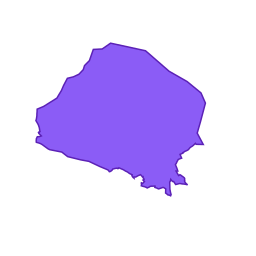 Ilorin West, Kwara, Nigeria, rotated 138°
{"feature_id": "59680162B83241100924072", "entity_name": "Ilorin West", "entity_type": "district", "adm_level": 2, "iso_a3": "NGA", "parent_name": "Nigeria", "parent_adm1": "Kwara", "projection": "equal_earth", "projection_center": [4.537, 8.465], "detail": "fine", "context": "isolated", "style": "filled", "palette": "violet", "viewbox_px": 256, "rotation_deg": 138, "n_neighbors": 0, "source": "geoboundaries", "source_scale": "gbopen_adm2", "svg_char_len": 2771}
<svg xmlns="http://www.w3.org/2000/svg" viewBox="0 0 256 256"><g transform="rotate(138 128 128)"><path d="M141.7,49.1L140.5,49.7L139.5,51.7L137.8,54.5L133.2,59.9L132.1,60.2L130.6,61.2L130.8,59.8L130.5,58.1L129.9,57.7L130.4,54.1L127.0,52.3L126.6,52.1L125.5,50.6L124.9,49.9L124.4,49.4L123.5,48.4L122.6,47.2L122.1,46.4L121.8,46.5L122.0,48.0L121.9,49.1L121.8,50.1L121.4,50.8L121.1,50.8L120.8,51.5L120.3,51.9L119.9,52.2L119.7,52.6L119.5,53.2L119.8,55.3L120.2,56.7L120.3,57.6L120.7,58.6L121.5,58.6L122.2,58.8L121.1,63.8L119.8,62.7L119.1,64.2L118.4,65.9L117.7,67.9L117.3,69.0L116.8,69.2L116.1,69.3L114.9,69.8L113.9,70.3L113.0,70.5L111.8,71.0L110.2,70.5L108.3,69.7L107.0,73.6L105.4,73.0L103.8,72.6L103.7,73.0L102.6,72.7L101.7,72.6L101.3,72.6L100.4,72.2L99.1,71.8L98.2,71.6L97.6,71.5L95.0,71.9L93.5,71.7L92.6,71.5L91.0,71.4L88.2,71.5L88.3,70.3L83.1,65.4L80.0,77.9L70.2,84.0L53.8,94.7L50.3,105.2L53.0,123.0L59.5,142.7L63.3,173.7L84.2,202.7L94.3,204.0L101.2,209.6L111.6,203.9L118.5,203.5L122.2,201.3L128.5,200.8L134.4,202.6L139.8,205.5L147.4,202.7L152.4,200.4L156.7,199.1L160.8,197.8L176.3,200.5L182.9,202.8L184.8,200.8L186.0,199.7L187.4,198.2L188.8,197.0L189.7,196.3L189.9,196.1L190.2,195.9L191.5,195.1L191.9,193.0L192.5,190.4L193.7,187.6L195.4,185.0L195.8,184.2L196.4,184.4L197.2,184.7L197.5,184.6L197.4,183.8L197.9,183.6L197.7,180.1L198.4,180.3L199.4,180.8L200.0,181.2L200.9,181.9L201.2,182.2L203.2,181.4L204.6,180.1L205.3,179.3L205.7,178.7L204.4,176.7L203.5,175.0L202.9,173.3L201.4,166.1L200.7,164.3L193.3,154.4L192.0,147.1L184.4,135.9L179.4,129.4L174.7,118.2L173.7,116.1L171.2,110.8L170.9,109.7L171.1,108.0L170.2,107.5L168.9,107.3L168.1,107.3L166.9,107.7L164.7,106.6L162.9,105.4L162.7,104.5L162.2,104.4L161.6,104.4L161.4,104.5L161.3,104.3L161.0,103.7L160.7,103.0L160.3,102.0L160.0,101.5L159.9,101.3L159.4,100.2L159.0,98.8L158.6,97.5L157.8,95.6L157.4,93.4L157.2,92.8L156.2,90.5L156.9,90.1L157.0,89.7L157.2,89.1L157.3,87.8L157.1,86.8L156.6,87.7L155.7,87.1L155.1,86.4L154.2,86.2L152.3,85.8L150.5,85.1L150.0,85.0L149.9,84.3L149.9,83.6L149.9,83.0L149.9,82.3L150.0,82.1L150.0,81.8L149.9,81.8L149.6,81.7L150.0,81.4L150.0,81.1L150.0,80.9L150.1,80.7L150.2,79.6L150.5,79.0L151.7,79.3L151.7,78.9L151.7,78.3L151.6,77.7L151.6,77.2L152.1,77.2L152.8,77.1L153.6,77.1L154.3,77.0L154.6,78.1L154.7,78.3L155.0,78.1L155.5,77.3L156.3,76.5L156.8,76.2L156.7,76.0L156.4,75.5L156.1,74.9L155.4,73.9L155.0,73.4L154.6,72.5L154.1,71.6L153.9,70.6L153.3,70.5L152.7,70.2L151.3,69.8L150.8,69.9L150.6,69.8L149.4,69.0L148.4,68.1L147.1,67.1L146.8,66.6L147.7,66.1L147.8,65.9L146.7,63.9L146.2,62.5L145.8,62.1L145.2,61.9L144.0,61.4L142.9,60.9L142.0,60.6L141.3,59.9L141.1,59.0L140.7,57.5L143.6,54.5L143.3,53.3L143.2,51.8L142.9,51.2L142.4,50.8L141.7,49.1Z" fill="#8b5cf6" stroke="#5b21b6" stroke-width="1.5"/></g></svg>